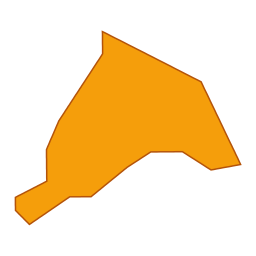 Texel, Netherlands (Mercator projection)
{"feature_id": "6326949B53858734726992", "entity_name": "Texel", "entity_type": "district", "adm_level": 2, "iso_a3": "NLD", "parent_name": "Netherlands", "parent_adm1": "", "projection": "mercator", "projection_center": [4.818, 53.078], "detail": "fine", "context": "isolated", "style": "filled", "palette": "amber", "viewbox_px": 256, "rotation_deg": 0, "n_neighbors": 0, "source": "geoboundaries", "source_scale": "gbopen_adm2", "svg_char_len": 3555}
<svg xmlns="http://www.w3.org/2000/svg" viewBox="0 0 256 256"><path d="M220.1,121.5L219.2,119.6L217.8,116.7L216.3,113.7L214.9,110.6L213.4,107.5L211.5,103.6L209.9,100.3L209.6,99.6L208.0,96.2L207.1,94.3L206.5,93.1L206.2,92.5L204.4,88.9L202.9,85.6L201.1,81.8L197.2,79.8L193.5,78.0L190.8,76.6L187.9,75.1L184.9,73.6L182.0,72.1L178.7,70.4L176.1,69.1L173.2,67.6L170.8,66.3L167.4,64.6L164.5,63.1L161.3,61.5L158.7,60.2L155.6,58.6L153.1,57.3L150.1,55.8L147.5,54.5L144.7,53.0L141.9,51.6L139.5,50.4L137.5,49.4L136.9,49.1L133.2,47.2L128.4,44.8L127.1,44.1L124.0,42.5L119.7,40.3L115.0,38.0L110.5,35.7L107.5,34.1L104.7,32.7L102.4,31.6L102.5,34.0L102.5,36.7L102.5,40.1L102.5,43.6L102.6,46.8L102.6,53.8L100.9,56.5L99.0,59.5L97.2,62.1L95.6,64.6L93.7,67.5L91.9,70.3L89.3,74.3L87.7,76.7L86.2,79.0L84.6,81.5L82.8,84.2L82.2,85.1L81.4,86.3L80.7,87.5L79.8,88.7L79.1,89.9L78.3,91.1L77.4,92.5L76.6,93.7L75.8,94.8L75.0,96.1L74.4,97.0L73.8,98.0L73.1,99.1L72.5,99.9L71.9,100.9L71.3,101.8L70.5,103.0L69.9,104.0L69.2,105.1L68.4,106.2L67.6,107.4L67.0,108.5L66.6,109.0L66.2,109.6L65.5,110.6L64.8,111.8L64.1,112.9L63.4,113.9L62.8,114.9L62.1,115.9L61.3,117.1L60.6,118.2L59.9,119.2L59.4,120.1L58.8,120.9L57.7,123.6L57.0,125.1L56.4,126.5L55.8,127.9L55.1,129.6L54.4,131.2L53.7,132.9L53.2,134.0L52.6,135.4L51.9,137.0L51.1,138.7L50.5,140.1L49.9,141.5L49.4,142.8L48.8,144.2L48.3,145.4L47.7,146.6L47.1,148.2L46.5,149.6L46.5,150.9L46.5,152.7L46.5,154.2L46.5,155.8L46.5,157.4L46.6,159.1L46.6,160.6L46.6,162.2L46.6,163.9L46.6,165.4L46.6,167.0L46.6,168.5L46.7,170.2L46.7,171.6L46.7,173.3L46.7,174.8L46.7,176.3L46.7,178.0L46.8,179.7L46.8,181.2L45.6,181.8L44.2,182.5L43.0,183.2L41.8,183.8L40.6,184.4L39.3,185.1L38.0,185.7L36.8,186.4L35.6,187.0L34.3,187.6L33.2,188.2L31.9,188.9L30.7,189.5L29.6,190.1L28.3,190.7L27.0,191.4L25.8,192.0L24.6,192.6L23.4,193.3L22.3,193.8L21.2,194.4L20.0,195.0L18.7,195.6L16.9,196.6L15.4,197.4L15.4,198.8L15.4,200.5L15.4,202.1L15.4,203.7L15.4,205.2L15.5,206.9L15.5,208.4L15.5,210.4L16.7,211.6L17.7,212.6L18.6,213.6L19.5,214.5L20.4,215.3L21.3,216.3L22.2,217.1L23.1,218.0L23.9,218.9L24.8,219.8L25.7,220.7L26.7,221.7L27.7,222.6L28.5,223.5L29.4,224.4L31.0,223.4L32.5,222.3L34.1,221.2L35.6,220.2L37.1,219.2L38.7,218.0L40.2,217.0L41.9,215.9L43.6,214.7L45.3,213.6L46.8,212.5L48.7,211.2L50.2,210.2L51.9,209.0L53.4,208.0L55.0,206.9L56.6,205.8L58.5,204.5L60.2,203.3L61.7,202.3L63.4,201.1L64.8,200.2L66.2,199.2L67.4,198.4L68.9,197.4L69.7,196.8L70.4,196.8L72.5,196.8L74.7,196.8L76.4,196.8L78.3,196.8L80.3,196.8L81.1,196.7L82.3,196.7L84.1,196.7L85.6,196.7L87.6,196.7L89.7,196.7L91.1,196.7L92.9,195.2L93.0,195.1L94.4,194.0L95.9,192.8L97.2,191.7L98.5,190.6L100.2,189.3L101.6,188.1L103.0,187.0L104.5,185.7L106.5,184.1L108.1,182.8L109.9,181.3L110.7,180.7L111.5,180.0L113.0,178.8L114.5,177.6L116.0,176.4L117.3,175.3L117.5,175.2L119.0,173.9L120.4,172.8L121.6,171.8L123.1,170.6L124.5,169.4L125.9,168.4L127.0,167.4L129.3,165.9L130.4,165.2L132.2,164.0L135.6,161.8L138.6,159.9L141.4,158.0L145.0,155.7L147.6,154.0L150.8,151.9L153.8,151.9L157.1,151.9L160.1,151.8L163.4,151.8L166.7,151.8L169.8,151.8L173.0,151.8L176.0,151.7L179.2,151.7L182.4,151.7L185.1,153.4L185.6,153.7L188.2,155.4L191.5,157.5L194.7,159.5L197.8,161.5L200.8,163.4L204.2,165.6L207.1,167.5L211.0,169.9L213.7,169.5L217.0,168.8L220.0,168.3L223.5,167.6L226.4,167.1L229.5,166.6L232.9,165.9L236.3,165.3L240.6,164.5L239.0,161.1L237.6,158.0L235.8,154.4L234.5,151.5L233.0,148.5L231.5,145.3L230.0,142.3L228.5,139.2L226.9,135.8L225.4,132.7L223.9,129.5L222.4,126.3L220.7,122.8L220.1,121.5Z" fill="#f59e0b" stroke="#b45309" stroke-width="1.5"/></svg>